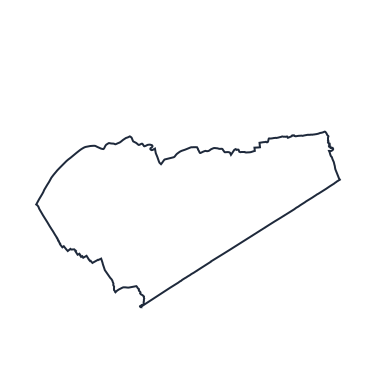 outline of Hua Sai, Nakhon Si Thammarat, Thailand, rotated 66°
{"feature_id": "78962969B3746185944744", "entity_name": "Hua Sai", "entity_type": "district", "adm_level": 2, "iso_a3": "THA", "parent_name": "Thailand", "parent_adm1": "Nakhon Si Thammarat", "projection": "robinson", "projection_center": [100.249, 8.028], "detail": "fine", "context": "isolated", "style": "outline", "palette": "slate", "viewbox_px": 384, "rotation_deg": 66, "n_neighbors": 0, "source": "geoboundaries", "source_scale": "gbopen_adm2", "svg_char_len": 5864}
<svg xmlns="http://www.w3.org/2000/svg" viewBox="0 0 384 384"><g transform="rotate(66 192 192)"><path d="M140.0,339.3L140.1,339.2L140.4,339.2L141.2,338.7L142.8,338.3L145.3,338.4L149.0,338.0L152.7,337.6L161.1,336.4L165.5,335.9L169.5,335.3L171.2,335.0L175.5,334.5L179.2,333.9L179.2,334.1L182.3,333.7L182.3,334.0L185.5,333.5L185.6,333.8L186.6,333.7L189.8,332.9L189.4,331.2L193.9,330.0L194.1,329.9L195.4,329.5L194.5,326.2L195.4,325.8L196.1,324.0L196.5,322.9L197.8,322.4L198.0,322.2L198.6,322.0L198.8,322.6L202.8,322.0L202.8,321.9L202.6,320.0L204.2,319.7L204.2,320.0L206.2,319.7L206.1,318.3L207.8,318.1L207.4,314.3L210.8,313.8L211.3,313.7L211.3,313.8L211.5,313.8L213.6,313.2L213.6,312.6L215.2,312.2L215.6,312.0L216.3,311.8L216.2,311.0L215.7,305.5L215.8,305.4L216.0,305.3L215.9,302.1L220.1,302.5L221.7,302.8L224.9,303.1L226.0,303.2L227.9,303.4L237.3,301.6L238.6,301.1L240.5,300.8L241.8,301.0L243.4,301.0L243.9,301.1L244.8,301.7L245.2,301.8L245.9,301.7L246.9,301.7L247.6,302.1L248.1,302.4L249.8,303.1L250.0,303.1L250.5,302.9L250.8,302.8L251.5,302.8L252.0,302.9L252.5,302.7L252.1,301.9L251.6,300.3L251.3,298.4L251.1,294.8L251.1,294.0L251.2,293.4L251.8,292.0L253.2,289.6L253.6,288.7L255.3,281.4L255.4,281.1L256.0,280.9L257.9,280.6L258.3,280.5L258.9,280.1L259.2,280.0L259.6,280.2L260.1,280.5L260.5,280.6L260.9,280.5L261.4,280.2L262.7,279.9L263.0,280.0L263.5,280.6L264.7,280.3L265.3,279.8L266.4,279.0L267.2,278.8L267.8,278.4L268.0,278.4L268.8,278.9L269.9,279.0L270.7,279.7L272.1,280.3L272.9,281.0L274.1,281.3L274.6,281.6L274.8,281.8L275.0,282.3L275.0,282.7L274.8,283.4L274.8,283.7L274.8,284.1L275.2,285.0L275.2,286.0L275.4,286.1L276.0,285.9L276.3,285.8L276.5,285.4L276.2,285.4L276.0,284.1L275.8,283.6L270.6,251.2L269.2,241.2L268.8,239.6L268.7,238.0L268.3,236.8L268.1,235.5L267.8,233.3L267.7,232.1L267.4,230.4L267.1,227.7L266.7,225.9L266.5,223.6L265.1,214.6L263.4,203.2L263.2,203.1L263.0,201.8L261.2,188.3L260.0,179.7L256.1,153.0L253.2,133.4L252.5,128.5L251.8,123.0L249.4,105.8L249.1,104.4L248.8,103.1L248.6,100.9L248.1,98.4L247.3,93.0L247.0,91.7L246.3,86.4L246.0,84.2L245.6,81.9L245.4,80.5L245.0,78.4L245.0,77.5L243.6,67.9L242.9,64.1L242.1,58.7L241.7,57.2L241.6,56.2L241.3,55.5L241.3,54.7L241.0,53.2L241.0,52.4L240.9,51.9L239.1,52.2L237.4,52.1L229.6,51.8L228.1,51.5L226.4,51.0L225.0,50.8L222.4,50.3L219.2,50.3L217.4,50.1L216.9,50.1L215.9,50.5L214.9,50.5L213.7,50.4L211.8,50.1L210.2,50.1L210.4,49.6L211.0,48.9L211.1,48.5L211.1,48.2L211.0,46.9L210.8,46.3L210.6,45.9L210.4,45.7L210.0,45.5L208.9,45.6L208.7,46.1L208.4,46.3L208.5,47.0L208.1,47.5L207.9,47.5L207.6,47.3L207.5,47.5L207.0,47.5L206.6,48.2L206.5,48.3L206.4,48.3L206.3,48.0L206.1,47.6L205.8,47.9L205.6,48.0L205.3,47.4L205.1,47.2L204.5,47.4L204.3,47.3L204.2,47.1L204.4,46.8L204.3,46.7L204.1,46.7L203.9,46.6L203.7,46.6L203.5,46.9L203.2,47.1L203.1,47.3L202.9,47.3L202.7,47.5L202.3,47.6L202.1,47.2L201.9,47.1L201.7,47.3L201.4,47.2L201.2,47.1L200.9,46.8L200.5,46.9L200.3,46.6L199.9,46.6L197.7,45.7L196.8,44.8L196.2,44.7L195.7,45.0L195.3,45.2L193.1,45.3L191.3,45.7L190.9,46.1L190.8,46.3L190.8,48.0L190.6,49.4L190.2,50.9L190.1,52.9L189.7,54.9L189.3,56.3L189.2,56.7L189.1,57.1L188.7,58.2L188.6,58.9L188.1,59.7L187.8,60.5L187.8,61.0L187.6,61.2L187.1,62.5L186.9,62.7L185.9,66.8L185.7,68.1L185.1,68.9L184.0,71.9L183.8,72.6L183.3,74.6L183.0,74.8L182.5,75.7L181.8,75.7L181.2,76.9L181.1,77.8L181.2,78.0L181.4,78.1L181.6,78.2L181.6,78.6L181.5,82.4L181.3,82.5L180.1,82.4L180.0,82.5L179.8,83.1L179.6,84.1L179.2,84.7L178.8,85.8L178.0,86.9L177.9,87.4L177.9,88.1L177.8,88.6L177.5,90.2L177.4,91.0L177.1,92.3L176.9,93.1L176.6,93.4L175.9,95.6L175.8,96.2L175.2,98.3L174.4,99.8L174.4,100.0L174.6,100.3L175.8,101.2L176.5,101.7L177.1,102.4L177.2,102.7L177.1,103.3L177.0,103.5L176.2,104.0L176.1,104.9L175.5,106.6L174.5,110.3L178.8,111.7L178.4,113.0L176.9,116.9L180.0,117.9L179.8,119.3L179.5,122.1L179.1,123.4L177.9,126.5L177.4,127.3L176.9,127.5L176.8,127.8L175.6,130.5L175.3,131.6L174.5,132.4L172.3,132.3L172.1,132.5L171.9,132.8L171.8,133.5L171.6,134.3L171.4,134.4L170.6,134.6L170.6,135.6L170.7,136.2L173.9,141.3L171.6,141.3L171.1,141.6L170.5,142.3L169.9,143.5L169.1,145.7L168.8,146.0L166.6,146.5L165.2,146.7L164.7,147.1L164.4,147.7L164.1,148.6L163.8,149.3L163.3,150.0L162.5,150.9L161.0,153.5L160.7,154.5L160.7,155.3L160.7,157.2L161.2,159.5L161.2,160.3L160.9,161.6L159.9,163.0L159.8,163.7L159.7,165.3L159.8,168.3L159.7,168.6L159.4,168.9L158.8,169.0L157.4,169.0L155.7,169.2L155.2,169.1L154.8,169.0L154.2,169.1L153.9,169.2L153.2,169.2L152.4,170.7L150.8,174.6L150.7,175.8L150.6,179.2L150.5,181.4L150.2,184.4L150.2,186.1L150.4,187.5L151.0,190.2L151.2,190.7L151.7,191.8L152.6,193.4L152.8,194.3L152.8,194.6L151.2,203.6L151.2,203.9L151.5,204.6L153.5,208.0L154.0,209.0L152.0,209.8L150.6,209.8L145.8,209.4L141.9,209.3L140.5,209.0L137.3,208.2L137.4,209.8L137.6,210.8L137.4,211.6L137.3,211.9L137.2,212.0L136.4,212.5L136.0,212.6L135.8,212.6L135.6,212.5L135.2,212.1L134.8,210.5L134.5,209.8L134.3,209.6L133.9,209.4L133.6,209.4L133.1,209.5L132.7,209.8L131.6,211.2L131.0,212.9L130.9,213.6L131.0,215.5L130.9,216.8L130.8,217.0L130.5,217.2L128.2,217.6L127.7,217.8L127.5,218.1L127.4,218.7L127.5,220.9L127.4,221.2L127.2,221.7L124.5,223.0L121.9,225.1L121.2,225.2L119.2,225.1L117.7,225.1L117.1,225.4L116.1,226.0L115.9,226.2L116.0,228.2L115.8,230.5L116.4,234.0L117.0,236.1L117.4,238.1L117.3,239.0L117.3,240.2L117.3,242.3L117.2,242.6L116.8,243.1L116.2,243.6L115.9,244.0L114.8,246.1L113.7,247.7L113.5,248.2L113.6,249.1L113.9,251.1L114.2,251.7L114.4,252.1L116.5,254.7L116.6,255.1L116.7,255.5L116.4,256.1L115.4,257.4L112.5,260.0L110.8,261.4L110.5,261.7L110.0,262.5L109.3,264.3L108.6,266.3L107.5,271.1L107.5,272.8L107.8,275.5L108.2,277.5L109.2,281.4L111.3,288.9L112.0,291.9L112.7,294.2L116.1,303.0L117.4,306.2L119.9,311.3L121.7,314.6L124.6,318.4L126.6,321.4L130.0,326.2L131.6,327.9L133.1,329.9L136.4,334.6L140.0,339.3Z" fill="none" stroke="#1e293b" stroke-width="2"/></g></svg>